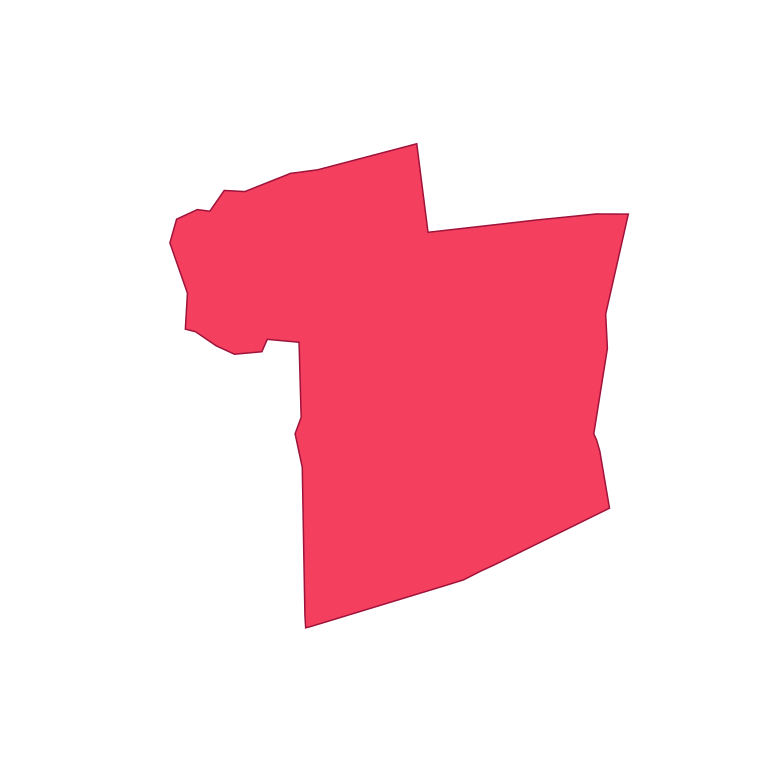 the district of Carbon, Pennsylvania, United States of America, rotated 294°
{"feature_id": "52423323B51217028410737", "entity_name": "Carbon", "entity_type": "district", "adm_level": 2, "iso_a3": "USA", "parent_name": "United States of America", "parent_adm1": "Pennsylvania", "projection": "orthographic", "projection_center": [-75.722, 40.935], "detail": "fine", "context": "isolated", "style": "filled", "palette": "rose", "viewbox_px": 768, "rotation_deg": 294, "n_neighbors": 0, "source": "geoboundaries", "source_scale": "gbopen_adm2", "svg_char_len": 639}
<svg xmlns="http://www.w3.org/2000/svg" viewBox="0 0 768 768"><g transform="rotate(294 384 384)"><path d="M507.4,573.6L538.0,558.1L638.6,538.1L625.6,508.6L595.8,456.5L540.5,362.5L616.8,316.2L552.6,236.1L538.4,212.9L503.2,178.6L495.8,159.3L471.0,154.6L467.4,142.5L450.2,127.5L425.8,131.0L387.0,167.5L353.3,180.2L355.1,190.6L350.6,215.3L350.4,235.3L363.8,259.3L377.3,259.2L387.6,289.4L319.8,321.9L302.4,323.0L274.7,343.2L189.6,382.9L140.4,405.9L129.4,411.6L132.3,415.3L230.0,527.9L237.4,536.3L252.2,548.3L264.3,558.9L362.3,640.5L410.4,608.5L419.3,601.0L423.8,595.9L507.4,573.6Z" fill="#f43f5e" stroke="#9f1239" stroke-width="1.5"/></g></svg>